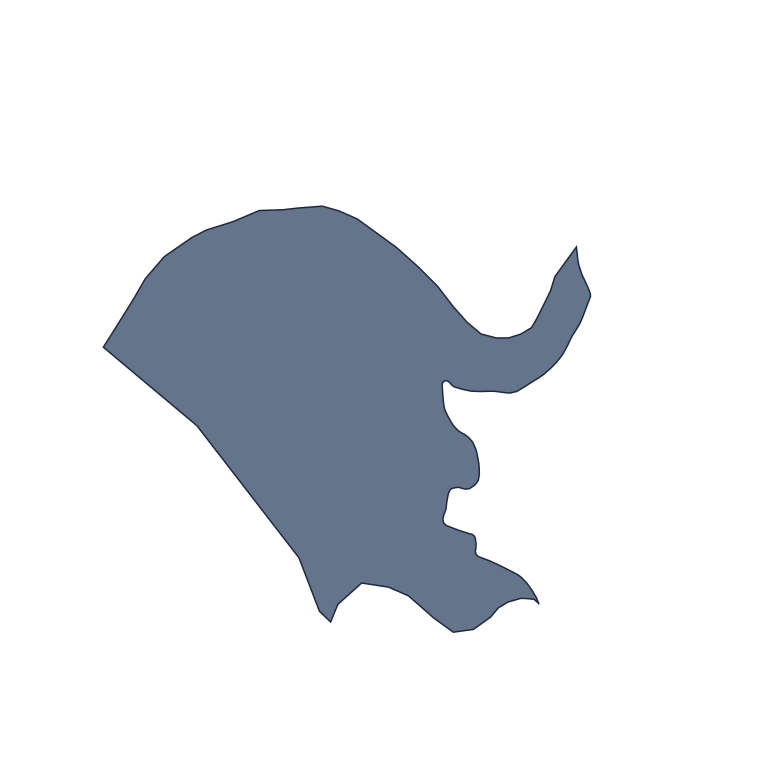 outline of Monchy/Ravine Macock, Dauphin, Saint Lucia, rotated 216°
{"feature_id": "8701671B74804511892204", "entity_name": "Monchy/Ravine Macock", "entity_type": "district", "adm_level": 2, "iso_a3": "LCA", "parent_name": "Saint Lucia", "parent_adm1": "Dauphin", "projection": "natural_earth1", "projection_center": [-60.927, 14.048], "detail": "fine", "context": "isolated", "style": "filled", "palette": "slate", "viewbox_px": 768, "rotation_deg": 216, "n_neighbors": 0, "source": "geoboundaries", "source_scale": "gbopen_adm2", "svg_char_len": 2199}
<svg xmlns="http://www.w3.org/2000/svg" viewBox="0 0 768 768"><g transform="rotate(216 384 384)"><path d="M129.0,296.8L134.9,300.6L143.0,304.1L151.1,306.8L158.5,308.2L163.5,308.4L182.0,305.5L192.5,303.5L202.5,300.9L206.3,299.8L209.4,300.4L211.5,301.9L212.9,304.8L215.6,308.9L218.2,311.5L219.5,312.9L221.7,314.1L224.4,314.2L227.5,312.9L237.7,309.5L246.0,307.3L250.7,306.1L254.2,306.8L256.9,309.2L258.0,311.6L258.8,314.0L259.9,318.1L260.8,320.1L263.5,324.8L265.2,328.3L267.4,332.9L268.2,336.1L267.9,339.0L265.7,341.7L263.1,344.2L260.3,345.2L256.7,346.6L253.9,348.9L252.9,350.6L251.8,353.7L251.0,356.4L251.0,361.1L252.2,363.9L254.1,367.4L257.3,371.6L260.5,375.4L264.7,379.4L269.0,383.4L271.1,385.0L274.6,387.2L278.2,389.1L283.5,390.4L286.5,390.5L289.2,390.6L293.2,390.0L296.3,389.9L299.5,390.3L303.7,391.3L308.4,393.2L311.5,394.6L316.5,397.1L320.0,399.2L322.6,401.5L325.5,404.6L329.7,409.3L333.5,414.0L335.9,416.7L337.2,418.9L337.2,420.9L336.4,422.6L335.3,423.5L333.6,423.9L331.9,423.8L330.0,423.3L327.6,422.9L325.3,423.0L317.8,425.7L309.4,429.4L301.7,434.5L297.7,437.6L294.1,440.4L290.7,442.8L287.4,444.7L283.4,446.8L279.4,449.1L276.5,451.0L273.9,454.1L272.4,455.6L271.3,458.2L268.1,465.7L265.6,472.3L262.8,478.9L260.5,485.4L259.5,489.9L258.4,494.9L257.8,498.7L257.2,503.1L256.9,508.6L256.9,513.4L258.0,522.2L258.9,527.1L259.6,531.2L260.1,534.0L260.2,537.7L260.7,544.0L261.2,548.8L262.7,555.2L264.6,562.2L268.3,576.0L269.7,577.9L272.2,579.8L277.1,582.8L287.7,588.6L290.6,590.6L293.2,592.5L296.4,594.8L301.6,599.8L302.4,600.9L308.9,607.9L308.9,599.1L308.9,590.4L308.9,583.2L308.9,571.5L304.0,557.0L299.0,528.0L297.8,516.3L302.7,504.7L310.2,494.6L320.1,487.3L335.0,481.5L353.6,482.9L373.5,487.3L398.3,494.6L425.6,498.9L454.1,501.8L483.9,501.8L502.5,501.8L522.4,497.5L538.5,491.6L557.1,475.7L568.3,465.5L586.9,451.0L601.8,426.3L618.0,404.5L625.4,390.0L636.6,358.0L639.0,329.0L636.6,305.7L634.1,270.8L632.7,248.8L510.9,240.3L350.6,193.4L302.5,162.1L287.3,160.1L291.8,178.5L285.1,209.8L261.0,222.3L239.6,227.0L206.2,223.9L182.1,223.9L167.4,238.0L160.7,258.3L159.9,270.1L155.5,280.5L147.3,291.0L142.1,294.5L136.1,298.0L130.0,297.4L129.0,296.8Z" fill="#64748b" stroke="#1e293b" stroke-width="1.5"/></g></svg>